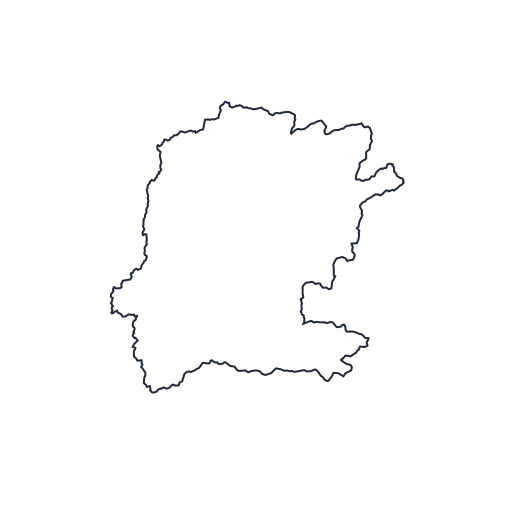 Huarochiri, Lima, Peru, rotated 220°
{"feature_id": "86281439B90649514172231", "entity_name": "Huarochiri", "entity_type": "district", "adm_level": 2, "iso_a3": "PER", "parent_name": "Peru", "parent_adm1": "Lima", "projection": "natural_earth1", "projection_center": [-76.426, -11.934], "detail": "fine", "context": "isolated", "style": "outline", "palette": "slate", "viewbox_px": 512, "rotation_deg": 220, "n_neighbors": 0, "source": "geoboundaries", "source_scale": "gbopen_adm2", "svg_char_len": 6143}
<svg xmlns="http://www.w3.org/2000/svg" viewBox="0 0 512 512"><g transform="rotate(220 256 256)"><path d="M293.5,401.3L295.9,397.9L296.9,395.0L298.9,392.4L299.4,388.5L300.7,384.2L303.0,381.7L305.4,380.5L306.7,378.1L307.6,372.4L308.3,372.6L310.4,376.5L310.5,380.7L312.9,383.3L313.7,385.9L314.7,386.2L316.2,388.5L317.3,389.1L323.0,387.7L325.2,386.0L328.2,382.6L329.3,380.6L332.2,378.9L333.2,377.4L333.4,374.9L333.8,374.4L337.3,373.6L339.7,374.7L344.5,373.2L347.4,373.1L350.5,368.6L353.0,366.2L354.9,365.8L356.9,364.2L358.9,363.9L359.8,362.5L361.5,361.6L363.4,361.8L365.5,361.0L366.3,359.2L367.8,358.6L368.0,357.3L369.6,354.4L372.5,353.8L375.0,356.0L376.0,355.1L378.8,354.4L378.7,350.6L379.6,348.4L379.2,346.7L379.0,346.2L376.6,345.2L375.1,340.4L373.6,337.5L376.0,333.6L377.7,332.4L378.8,330.6L380.0,330.2L382.7,327.6L377.9,319.0L379.7,316.5L381.3,311.7L382.9,312.5L384.2,310.8L386.6,310.2L389.8,305.0L393.2,303.6L394.0,302.8L393.9,300.0L394.6,297.3L396.4,295.7L396.3,294.0L397.4,291.7L396.9,290.0L397.3,288.3L397.8,287.7L400.5,287.0L401.0,286.2L400.2,284.4L400.3,282.6L399.7,280.8L400.4,278.2L402.4,277.9L402.2,276.5L400.0,274.4L396.0,274.3L394.2,271.1L388.3,266.4L387.7,264.1L385.8,261.9L384.0,261.2L383.8,259.4L384.3,257.8L383.2,257.3L383.7,255.0L383.5,253.7L382.6,252.6L383.0,251.5L382.3,248.8L382.6,248.0L384.7,247.3L384.9,244.2L384.3,243.7L384.3,240.5L382.9,238.6L382.2,236.4L377.3,232.7L376.1,230.5L374.2,229.6L372.3,226.0L371.1,225.3L370.0,221.1L368.1,219.2L367.6,218.0L367.5,216.5L366.1,214.5L365.6,212.0L363.8,209.3L362.6,208.0L361.7,206.2L358.6,204.5L358.0,201.0L356.4,199.5L355.9,199.4L355.4,201.2L353.8,202.0L349.8,198.0L349.4,196.9L347.0,194.4L347.1,192.5L346.5,190.5L344.4,188.4L343.2,186.2L342.0,185.4L339.6,185.7L339.0,185.2L337.8,181.7L338.4,180.0L337.8,178.7L337.6,175.1L336.3,172.7L336.3,171.8L337.8,169.3L339.2,169.5L339.6,169.2L340.4,166.8L339.6,163.9L340.7,162.3L340.1,161.3L338.0,160.4L337.1,157.3L342.2,151.4L341.4,149.4L341.5,148.3L339.0,145.8L339.4,143.9L342.9,140.9L344.6,141.1L344.9,140.5L344.0,138.4L342.6,137.4L342.5,133.8L341.5,131.9L340.9,131.4L338.8,131.7L337.1,128.6L336.9,126.7L335.6,126.4L334.4,125.5L333.3,125.6L333.3,123.7L332.3,122.6L331.2,122.3L330.4,119.7L329.7,119.3L328.7,120.2L328.5,122.1L327.1,124.7L325.4,123.8L321.8,124.7L319.5,123.9L318.6,124.1L317.1,125.9L316.1,129.4L313.2,131.1L311.8,132.7L310.0,131.8L309.2,132.5L308.5,134.5L308.5,132.8L307.3,129.8L307.8,127.0L306.4,124.2L304.9,122.8L303.2,123.0L302.4,122.5L301.5,120.9L301.2,119.0L299.8,118.6L299.8,116.9L299.2,115.8L297.6,115.2L296.1,115.3L295.6,115.9L292.3,115.1L292.8,110.3L292.1,107.2L289.4,108.1L288.7,107.0L288.7,105.1L285.1,100.7L281.8,100.4L279.5,99.6L276.7,102.5L274.8,100.6L273.1,99.7L272.6,97.2L269.5,96.7L265.5,95.3L264.0,93.3L263.3,90.9L261.5,88.1L260.0,86.5L257.3,86.5L255.5,85.7L253.7,88.1L251.3,86.3L250.9,85.1L248.2,84.7L246.9,85.3L245.2,87.7L244.8,91.8L244.0,92.4L242.1,96.0L239.4,96.9L238.1,98.4L237.6,99.9L237.6,102.5L237.0,104.1L234.7,104.8L232.3,106.8L232.2,107.9L233.0,109.2L233.0,110.3L232.0,112.7L234.9,119.5L234.8,121.9L233.1,124.6L231.4,125.2L229.3,129.2L228.9,131.2L227.7,133.8L228.1,140.0L222.8,143.5L222.7,145.2L223.5,146.3L223.1,147.5L218.8,148.2L217.3,149.6L215.5,149.3L214.4,149.7L212.2,152.3L211.9,154.3L211.3,154.9L205.1,155.2L201.2,157.5L197.5,156.5L195.4,156.8L190.7,161.4L187.2,162.0L185.6,164.9L182.1,168.7L179.2,170.0L175.5,169.7L172.3,170.9L169.0,176.2L168.7,181.8L168.3,182.9L164.3,185.1L160.7,186.2L158.5,188.3L155.9,189.5L154.8,190.8L152.0,192.0L145.6,199.7L142.8,200.2L140.2,202.7L137.7,207.2L134.5,207.4L129.6,205.9L127.5,206.2L123.8,205.4L121.8,205.7L120.6,206.4L120.3,207.6L120.6,212.8L121.5,216.4L117.6,219.1L111.7,220.0L112.1,223.9L109.7,229.1L109.6,229.7L111.1,232.4L112.6,233.1L114.2,233.2L116.4,231.8L119.0,231.2L123.9,230.9L124.2,231.5L123.5,233.2L123.5,236.9L121.7,238.5L119.0,240.0L118.1,243.8L117.1,246.1L117.6,248.4L117.1,250.9L118.0,252.3L118.1,253.6L114.2,256.1L113.0,259.0L115.5,260.8L116.5,264.6L117.1,265.4L119.5,263.5L124.6,264.0L126.9,262.6L129.4,262.1L134.0,260.0L136.7,257.2L138.0,256.5L139.5,256.7L142.6,259.6L144.5,260.0L145.5,258.6L145.7,256.2L147.9,253.8L148.8,253.4L154.1,254.4L156.1,253.8L158.2,250.7L159.8,249.4L160.6,249.5L164.6,246.1L166.8,244.9L169.1,242.1L171.5,242.0L172.4,241.4L176.1,234.7L176.4,236.0L178.9,239.4L180.2,239.8L181.0,241.0L183.3,240.8L186.2,242.6L186.6,244.5L189.8,247.8L190.3,249.3L191.7,249.9L192.9,251.3L193.8,251.4L194.0,252.3L193.1,254.2L193.4,255.0L196.0,257.0L200.6,262.6L200.8,265.6L200.3,268.1L198.6,269.4L197.8,270.9L196.3,272.3L193.8,272.9L192.6,272.7L190.2,275.5L189.2,276.0L187.3,275.1L184.4,274.7L181.8,277.0L178.9,277.3L177.5,279.7L181.1,285.3L181.5,288.4L182.4,291.4L183.2,290.8L184.2,291.4L187.8,295.8L191.1,298.9L192.3,302.5L192.6,306.0L189.3,310.7L186.0,311.7L182.8,310.8L182.3,312.1L179.3,315.5L180.3,319.0L181.3,320.6L185.0,321.2L186.3,322.5L187.3,324.7L190.8,326.9L187.0,330.7L188.1,334.4L190.8,338.8L192.4,340.0L193.1,341.8L196.6,342.2L196.1,343.8L199.0,349.1L200.5,355.3L202.7,356.7L203.7,358.7L207.8,360.4L208.7,361.4L208.8,365.5L207.4,368.1L207.5,370.4L205.6,374.8L204.3,379.5L203.9,380.3L201.9,381.7L199.7,382.3L199.0,384.8L198.5,389.6L196.8,391.0L195.8,390.9L193.7,394.8L192.4,394.8L191.1,399.8L191.2,402.0L190.2,404.0L190.0,406.9L190.3,407.4L191.1,407.5L192.0,409.0L194.3,409.4L195.4,408.5L199.6,408.0L202.5,409.4L204.1,409.3L207.8,412.8L209.8,413.0L210.1,414.0L213.1,412.6L213.7,411.8L214.0,409.7L212.9,407.7L213.0,406.8L214.4,405.9L214.8,404.0L216.3,403.6L217.3,400.9L217.6,397.0L216.5,393.1L218.7,391.2L218.5,387.7L219.5,386.1L220.9,385.2L221.8,382.7L224.0,381.3L225.8,381.3L228.4,379.0L229.5,379.6L231.4,382.6L233.9,390.8L236.3,393.6L235.6,397.3L234.3,400.3L234.5,401.9L238.0,405.8L238.4,407.0L237.6,410.9L240.0,414.3L241.1,418.7L243.4,419.6L244.0,421.0L245.3,422.2L245.7,424.0L251.2,427.3L253.5,427.2L255.0,424.8L256.2,424.3L260.6,425.3L261.4,423.5L263.1,421.9L263.6,420.7L266.1,419.0L268.6,415.5L270.0,414.2L270.8,411.9L270.8,410.1L272.5,408.1L273.4,406.0L277.1,402.4L278.8,396.3L280.6,394.2L281.3,394.0L283.8,395.3L285.3,400.3L292.5,401.8L293.5,401.3Z" fill="none" stroke="#1e293b" stroke-width="2"/></g></svg>